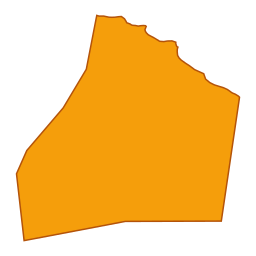 the district of Alamn, Matruh, Egypt
{"feature_id": "37247803B41250479572628", "entity_name": "Alamn", "entity_type": "district", "adm_level": 2, "iso_a3": "EGY", "parent_name": "Egypt", "parent_adm1": "Matruh", "projection": "robinson", "projection_center": [28.773, 30.785], "detail": "fine", "context": "isolated", "style": "filled", "palette": "amber", "viewbox_px": 256, "rotation_deg": 0, "n_neighbors": 0, "source": "geoboundaries", "source_scale": "gbopen_adm2", "svg_char_len": 911}
<svg xmlns="http://www.w3.org/2000/svg" viewBox="0 0 256 256"><path d="M239.5,97.2L238.4,96.1L235.3,94.2L232.4,93.0L231.0,92.1L229.7,91.1L227.4,89.5L223.7,87.8L214.4,84.9L209.8,82.6L205.6,79.1L203.7,73.7L201.0,72.5L194.6,69.6L189.4,65.7L185.5,63.2L181.2,60.1L179.1,58.0L177.6,55.4L177.2,51.6L177.3,49.2L177.9,47.1L176.8,46.6L175.8,43.9L175.8,42.2L172.0,40.9L167.4,41.0L163.8,41.6L159.7,41.3L154.3,38.0L148.3,34.8L146.4,32.9L145.8,32.0L145.2,30.8L145.0,29.3L145.4,28.5L145.7,27.7L146.2,26.4L145.5,25.7L143.4,25.5L140.7,25.7L138.2,26.1L135.5,25.5L132.7,25.3L131.5,25.0L130.3,24.1L128.6,23.4L126.8,22.8L125.8,20.9L125.1,19.8L124.5,18.8L122.9,17.6L122.5,17.3L121.3,16.5L118.6,16.7L114.9,17.2L111.9,17.3L109.0,17.2L103.8,16.1L99.0,16.1L96.8,15.4L96.2,18.3L86.3,69.3L63.2,107.9L26.8,150.5L16.5,173.8L24.1,240.6L125.3,221.4L221.3,221.1L239.5,97.4L239.5,97.2Z" fill="#f59e0b" stroke="#b45309" stroke-width="1.5"/></svg>